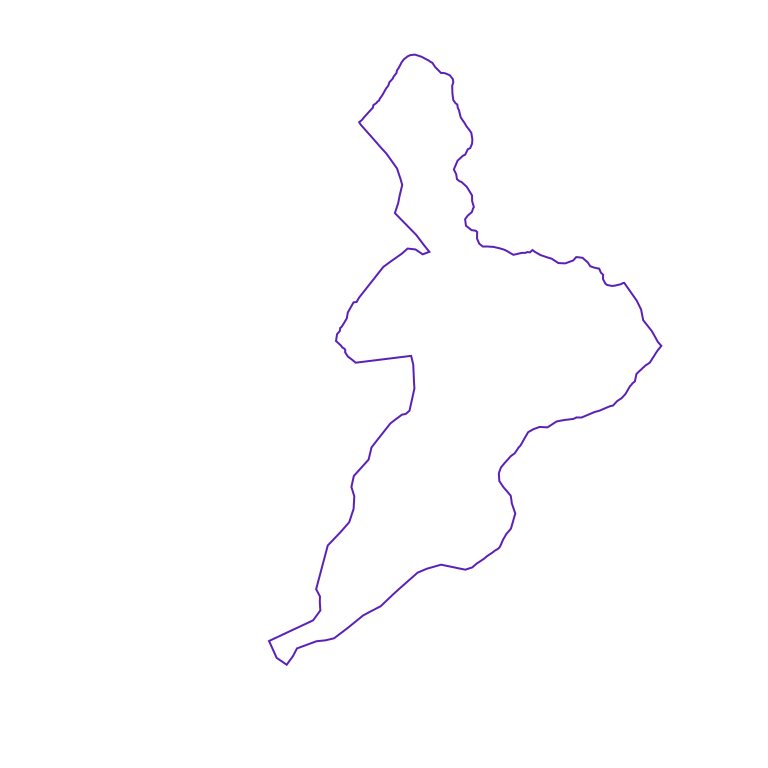 Lafia, Nassarawa, Nigeria, rotated 310°
{"feature_id": "59680162B86357482908219", "entity_name": "Lafia", "entity_type": "district", "adm_level": 2, "iso_a3": "NGA", "parent_name": "Nigeria", "parent_adm1": "Nassarawa", "projection": "albers", "projection_center": [8.783, 8.712], "detail": "fine", "context": "isolated", "style": "outline", "palette": "violet", "viewbox_px": 768, "rotation_deg": 310, "n_neighbors": 0, "source": "geoboundaries", "source_scale": "gbopen_adm2", "svg_char_len": 4342}
<svg xmlns="http://www.w3.org/2000/svg" viewBox="0 0 768 768"><g transform="rotate(310 384 384)"><path d="M157.1,509.2L173.8,513.0L193.4,516.8L201.1,519.9L211.7,524.3L229.5,526.3L235.9,527.2L236.2,527.2L261.1,531.0L270.1,535.6L282.3,543.9L294.0,565.6L300.2,569.5L305.8,570.4L314.4,572.9L318.4,573.6L324.5,575.4L327.8,576.1L331.0,577.3L333.4,577.5L336.2,576.8L341.4,575.2L342.1,575.1L342.4,575.1L344.7,574.7L348.0,574.1L350.3,574.2L354.7,574.2L354.9,574.2L358.8,572.4L361.4,571.3L364.2,570.0L369.2,567.8L371.0,564.8L373.6,560.5L374.8,558.5L376.1,557.2L377.7,555.4L379.9,552.8L380.0,552.3L380.1,551.4L380.9,547.0L381.7,541.9L382.2,540.1L383.8,534.7L386.2,532.4L389.5,529.3L392.8,528.1L395.4,527.2L397.4,527.2L399.3,527.2L400.7,527.2L402.9,527.3L404.2,527.3L406.3,527.4L410.3,527.5L414.8,528.7L419.6,528.2L421.8,527.9L422.8,528.0L424.3,528.1L427.5,527.6L432.2,526.7L434.4,526.3L436.5,526.0L437.9,525.7L439.8,525.4L442.9,526.6L445.5,527.5L447.8,528.9L451.1,530.8L452.0,532.0L452.3,532.4L452.5,532.6L453.5,534.0L455.9,537.1L460.0,538.4L466.0,540.2L468.4,542.0L472.0,545.0L473.0,545.9L474.8,547.6L476.1,548.8L479.1,551.6L482.1,552.9L485.1,556.7L487.9,558.2L496.1,562.4L497.9,563.3L499.0,564.1L502.4,566.4L505.2,567.8L508.4,569.4L512.4,571.5L514.7,573.3L516.9,573.4L519.0,573.5L520.7,573.6L521.9,573.9L525.8,575.1L531.4,575.4L533.2,575.1L535.3,574.8L537.4,574.4L540.3,573.9L542.3,574.0L544.3,573.9L547.2,574.5L548.7,573.7L554.1,570.9L558.5,571.4L561.2,571.8L563.3,572.0L564.5,572.2L566.3,572.4L571.1,573.9L574.3,573.5L576.1,573.2L578.2,573.0L579.5,572.8L583.1,572.3L585.1,572.1L586.5,572.0L589.4,572.0L591.5,571.9L592.2,567.0L596.7,555.1L599.5,541.5L606.3,533.1L610.3,524.0L615.9,503.0L615.2,502.3L612.7,501.3L611.2,500.2L607.7,497.6L605.6,495.5L603.3,491.3L603.2,488.9L605.3,484.1L608.6,481.6L608.7,478.6L609.9,476.2L610.7,474.7L610.0,473.5L608.2,470.1L607.7,468.7L606.8,466.3L608.1,462.0L608.3,455.0L606.5,452.2L604.8,449.7L600.1,449.5L596.6,447.4L593.0,445.4L588.7,439.8L587.8,432.0L586.3,428.5L584.6,424.2L583.3,420.8L583.0,418.8L582.5,416.3L582.2,414.5L582.0,411.6L578.7,411.2L577.2,409.0L575.3,408.0L573.2,405.5L570.7,403.5L569.6,402.7L569.4,402.6L566.1,400.0L564.8,392.2L564.1,389.6L562.2,385.2L559.3,379.6L555.7,374.7L552.8,371.3L552.7,366.7L555.2,361.8L557.2,360.2L558.0,359.5L560.3,357.7L560.4,355.8L558.2,352.2L557.9,345.1L559.9,342.9L562.4,340.2L567.0,339.9L569.2,340.3L572.1,340.8L575.2,339.6L577.4,339.0L580.8,333.9L585.0,330.3L587.3,323.6L588.3,320.4L588.5,315.2L588.6,313.4L587.9,311.7L587.8,308.2L591.1,304.5L592.2,302.0L593.2,299.6L597.8,298.2L602.5,296.8L609.5,297.7L611.9,298.8L615.8,297.8L617.7,297.3L620.1,298.4L624.7,297.0L628.1,294.5L629.2,293.3L632.5,289.5L633.5,285.9L634.5,281.2L635.5,278.7L637.5,271.5L641.9,265.4L643.0,263.0L645.2,260.5L645.1,258.1L646.1,254.5L650.6,249.6L656.2,244.6L659.6,243.2L661.8,240.8L662.8,236.0L661.4,231.3L660.1,229.0L658.9,227.9L659.7,219.5L661.1,214.6L660.6,212.2L660.5,210.0L660.1,208.5L658.8,202.3L656.2,196.0L654.7,194.5L652.6,192.6L651.0,191.9L650.2,191.5L648.2,191.1L645.5,190.5L642.0,190.7L635.0,192.2L632.7,192.3L630.4,193.6L628.1,193.7L625.6,193.8L623.6,194.4L620.8,194.3L618.8,194.1L617.4,194.7L615.3,195.5L613.7,195.6L611.8,195.6L608.2,196.3L604.6,197.0L602.5,197.2L599.7,197.4L598.1,198.0L596.2,197.5L594.4,197.6L590.8,196.6L588.5,197.9L583.6,197.6L575.7,197.3L572.2,197.4L568.6,196.7L567.7,199.3L564.3,222.2L563.2,229.0L562.1,237.5L557.5,255.4L551.6,265.0L548.2,270.0L537.8,275.2L531.7,278.6L521.9,282.5L518.9,313.1L516.2,324.7L514.4,333.8L508.2,330.3L507.3,321.6L502.9,315.0L495.4,313.9L483.0,310.6L473.2,308.2L434.1,309.4L429.2,310.3L427.0,308.2L420.5,309.4L415.6,310.3L410.4,313.3L403.6,314.4L400.2,314.8L398.9,314.4L396.1,316.1L392.0,316.0L386.1,319.6L385.8,326.3L385.2,328.4L385.6,331.1L385.0,332.7L383.4,333.7L381.8,338.6L382.1,344.2L382.1,348.6L423.0,386.7L417.6,394.0L405.8,404.8L400.1,410.2L379.9,420.7L375.0,419.9L372.1,417.5L364.6,415.7L357.9,414.2L338.4,414.8L327.4,415.2L316.2,420.8L302.2,420.3L294.2,420.0L290.1,422.1L284.2,425.2L278.9,433.4L268.8,441.0L265.0,442.5L263.7,443.0L255.8,446.2L242.5,445.9L236.2,445.5L224.2,444.7L183.2,463.9L180.1,471.5L175.7,475.0L169.6,480.8L157.4,481.6L113.2,461.1L111.2,465.4L105.2,477.8L106.4,489.9L116.9,489.2L125.5,487.3L133.9,492.1L143.5,497.6L150.0,503.9L157.1,509.2Z" fill="none" stroke="#5b21b6" stroke-width="2"/></g></svg>